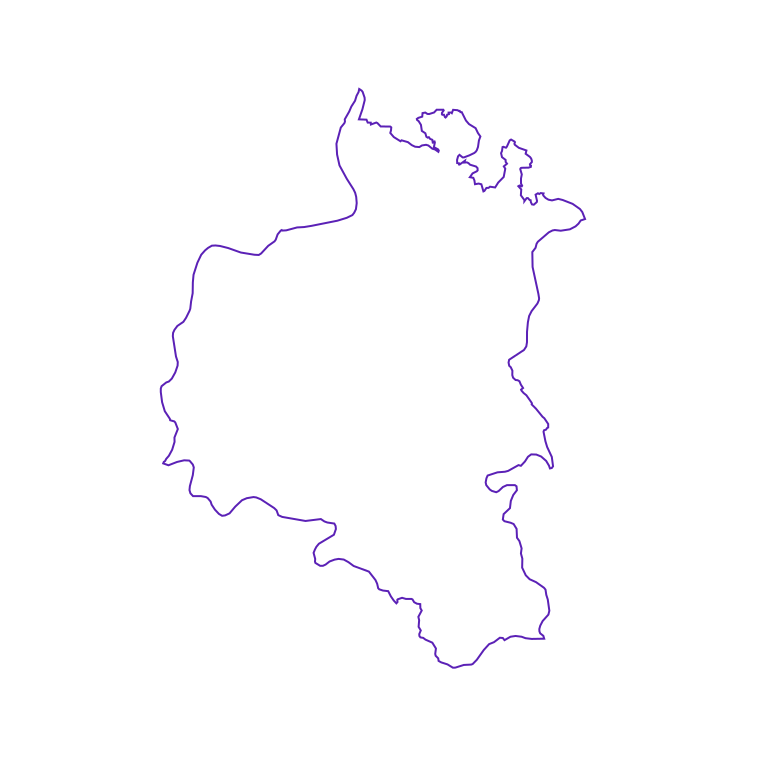 Narsingdi, Dhaka, Bangladesh (Mercator projection), rotated 167°
{"feature_id": "16705992B95243043657125", "entity_name": "Narsingdi", "entity_type": "district", "adm_level": 2, "iso_a3": "BGD", "parent_name": "Bangladesh", "parent_adm1": "Dhaka", "projection": "mercator", "projection_center": [90.739, 24.007], "detail": "fine", "context": "isolated", "style": "outline", "palette": "violet", "viewbox_px": 768, "rotation_deg": 167, "n_neighbors": 0, "source": "geoboundaries", "source_scale": "gbopen_adm2", "svg_char_len": 6157}
<svg xmlns="http://www.w3.org/2000/svg" viewBox="0 0 768 768"><g transform="rotate(167 384 384)"><path d="M617.0,356.3L612.3,353.3L603.2,354.6L595.9,354.6L591.0,353.2L590.5,352.6L588.4,348.5L588.1,345.5L590.8,338.2L596.1,328.2L597.4,324.4L597.2,321.0L595.3,317.7L587.8,316.0L583.1,314.0L581.5,312.6L579.4,308.5L579.1,305.2L577.0,299.6L574.1,294.6L571.4,292.0L568.4,291.7L563.6,292.7L556.5,298.0L548.5,302.7L543.4,303.6L536.6,303.2L534.0,302.2L530.0,299.4L518.9,287.8L517.1,285.0L516.5,280.0L513.1,277.4L491.3,268.2L475.9,266.6L473.0,263.5L470.4,261.8L463.8,259.2L463.1,256.5L463.5,253.5L466.7,248.4L483.4,243.0L486.5,240.6L488.5,238.3L490.6,235.3L490.4,229.0L491.2,226.5L491.1,225.1L487.1,221.2L484.4,220.6L481.5,221.2L477.0,223.3L471.6,224.0L467.6,223.8L462.7,222.0L458.7,218.4L454.5,213.5L440.9,204.6L436.4,194.9L435.6,190.9L435.6,186.3L434.8,185.0L431.5,183.0L426.5,181.2L425.1,175.6L423.2,170.8L421.3,167.5L419.9,168.5L419.6,170.7L419.1,171.1L414.5,171.6L410.9,169.6L405.6,168.4L404.7,167.7L403.7,164.6L401.3,162.5L398.2,161.4L399.0,157.4L398.2,154.8L402.9,149.4L402.9,145.9L404.9,139.6L403.6,135.6L405.9,132.4L406.2,130.5L405.5,128.9L402.9,127.8L401.1,125.6L395.1,121.1L392.9,114.6L394.8,109.5L394.8,107.6L392.9,104.5L393.1,101.9L390.9,99.9L385.2,96.5L380.7,92.1L378.3,91.6L369.4,92.3L362.2,91.0L360.6,91.2L355.6,94.4L346.6,102.4L340.1,106.9L334.9,107.7L328.2,110.7L325.4,109.8L324.2,107.3L317.6,109.3L312.5,108.9L306.8,106.8L303.3,104.5L297.5,102.4L285.2,99.8L285.4,102.8L287.9,105.9L288.2,108.0L287.8,110.3L286.1,113.4L282.7,117.4L275.7,122.3L273.9,125.9L272.9,137.2L273.3,142.0L272.9,147.3L273.9,149.4L280.4,156.7L286.0,161.0L288.9,165.7L290.7,174.0L288.5,182.7L288.7,188.1L286.9,192.9L287.4,200.5L289.0,204.3L287.4,213.0L289.2,218.4L291.8,220.3L297.5,223.2L298.7,225.2L296.7,230.3L289.2,234.7L286.7,241.6L283.0,246.8L278.4,250.6L277.9,254.5L279.2,256.0L286.9,257.8L291.3,256.9L296.4,253.9L299.0,253.3L303.0,255.6L304.7,257.5L307.1,262.4L307.1,265.2L305.4,269.1L303.6,271.5L293.3,272.4L285.9,271.3L282.6,271.4L271.2,274.7L269.0,273.5L264.1,276.8L260.1,280.7L256.4,282.3L251.5,281.0L247.2,278.0L243.3,272.6L241.6,267.3L241.3,264.4L239.4,264.4L237.8,265.8L236.9,275.2L239.2,285.9L239.6,291.9L239.3,301.6L238.5,302.9L236.4,303.1L235.0,304.4L233.8,304.7L233.0,308.1L235.5,314.6L236.9,316.4L241.5,325.8L244.7,330.9L244.2,331.9L244.5,332.9L247.8,341.0L250.0,343.8L251.5,346.6L251.7,347.7L249.4,348.8L250.8,352.6L251.4,356.2L252.9,357.6L254.9,358.3L256.8,361.1L257.0,363.8L255.9,368.1L256.7,371.8L257.9,373.6L257.8,376.9L256.6,379.5L239.9,385.7L236.9,388.6L235.3,392.5L232.9,402.7L229.9,411.8L227.3,417.6L223.8,421.8L216.4,427.9L214.2,430.9L213.6,432.6L213.3,437.0L212.9,464.6L209.8,479.2L205.7,482.6L203.8,486.3L202.1,488.0L189.3,494.7L185.3,495.7L182.9,495.6L177.3,493.6L168.1,492.9L161.9,494.5L158.4,496.5L155.5,499.1L151.0,499.5L152.1,506.9L153.7,510.4L159.7,517.1L168.5,523.1L172.6,525.2L179.0,525.1L182.3,526.6L184.7,528.9L186.2,531.5L186.5,532.6L185.7,533.8L188.4,534.8L190.0,534.2L191.1,535.2L193.7,534.4L193.7,528.0L194.2,526.9L197.7,525.0L199.4,525.7L200.0,528.1L199.8,530.1L200.7,530.5L202.0,532.8L203.2,533.0L206.1,530.5L205.8,531.6L208.2,537.1L206.5,542.7L208.6,546.5L207.4,546.9L205.4,545.6L204.8,546.1L205.4,548.5L204.3,553.4L202.6,557.2L202.9,562.8L202.2,563.6L201.2,563.7L194.5,562.3L192.1,562.5L191.7,563.7L192.4,564.2L192.4,565.3L190.0,567.0L189.7,568.5L189.9,570.6L190.7,572.4L194.2,576.5L192.7,579.5L199.5,583.8L202.7,587.7L202.9,588.7L202.0,590.2L202.3,590.9L205.2,593.6L206.7,593.1L210.9,587.6L212.0,586.8L214.4,588.3L215.2,588.2L216.6,584.5L218.0,582.6L218.0,578.5L215.1,575.0L215.5,573.1L214.6,571.0L218.3,569.1L217.4,566.5L220.8,558.8L227.4,554.6L231.5,550.5L236.3,552.4L238.0,551.6L240.1,552.0L242.8,549.5L243.8,549.3L244.2,556.7L246.7,558.0L250.4,558.2L250.1,562.0L250.6,564.8L253.8,566.2L250.3,569.3L245.7,570.4L244.7,571.1L244.3,573.3L245.4,575.2L250.8,578.3L252.0,580.2L253.4,581.3L255.9,581.7L255.0,583.3L261.0,580.8L261.5,581.0L261.2,582.1L263.0,582.8L262.4,585.9L260.6,589.2L258.9,590.3L256.4,587.1L255.2,586.8L249.3,587.6L244.0,588.8L242.3,589.7L241.0,590.9L239.1,593.8L236.7,600.0L234.4,603.5L236.0,607.4L237.2,612.7L242.7,618.1L244.9,622.3L247.1,631.4L248.4,631.7L248.8,633.1L249.9,633.3L250.6,634.2L255.0,635.6L257.0,632.6L257.8,633.5L260.0,633.9L260.1,632.3L261.9,632.2L262.8,630.6L264.1,629.8L264.6,630.4L265.0,632.9L266.6,633.2L266.9,633.9L266.5,635.2L264.3,637.1L264.5,637.9L271.0,639.4L274.1,637.3L279.3,636.9L281.0,637.4L282.7,639.2L285.5,639.3L286.6,635.9L290.7,635.6L292.4,634.9L292.4,633.9L291.1,632.3L289.7,628.2L290.2,622.1L287.3,619.0L287.1,615.4L286.0,614.2L284.8,614.4L283.9,612.4L282.0,611.1L282.2,608.2L281.6,608.1L281.0,609.1L280.2,609.0L280.1,607.9L282.1,603.6L278.5,600.4L278.1,599.1L278.8,598.0L281.5,601.0L284.0,602.4L287.1,606.4L289.2,607.6L293.3,607.9L296.3,606.9L300.3,608.2L303.2,610.5L306.3,614.3L312.1,617.5L313.3,616.8L318.9,622.4L321.4,627.2L320.1,629.6L319.2,632.4L319.9,633.4L329.3,635.7L331.7,639.7L332.7,640.5L338.4,639.8L338.1,641.6L341.1,642.4L341.6,645.5L348.9,647.5L343.2,656.6L338.9,665.0L338.5,667.4L339.1,673.4L339.8,674.9L341.8,677.0L343.1,674.2L345.9,671.0L348.5,666.5L353.4,661.7L356.6,657.3L362.7,650.7L363.0,648.5L363.9,647.1L368.4,643.6L376.3,628.8L378.1,618.1L378.2,607.0L374.1,592.3L370.0,580.7L369.1,576.8L369.0,572.6L369.9,566.4L372.0,560.7L374.5,557.6L376.8,555.7L382.9,554.3L392.7,553.6L419.0,554.4L426.6,554.9L433.5,556.1L444.7,555.7L448.7,556.4L449.0,557.0L450.1,556.7L454.0,553.7L457.0,549.0L458.6,547.6L465.7,544.7L474.4,538.8L477.0,537.9L481.2,539.1L493.9,544.3L505.2,551.5L512.8,555.4L517.1,556.9L520.6,557.5L524.8,556.2L528.2,554.5L533.0,551.1L538.5,544.2L545.0,533.3L547.4,526.0L550.0,515.5L553.4,507.8L555.8,501.0L557.0,499.1L562.0,493.0L565.5,489.7L572.2,487.1L575.9,484.0L578.0,481.3L579.0,478.1L580.5,457.6L580.0,451.8L581.0,448.3L584.8,442.2L589.5,437.0L593.1,434.8L595.8,434.5L601.2,431.9L602.5,429.8L603.3,426.4L604.3,416.2L603.7,406.8L600.5,398.3L600.5,396.8L596.7,394.7L596.0,393.4L595.0,386.5L600.2,379.0L601.1,374.7L605.2,367.6L609.8,362.4L613.1,360.0L614.6,358.2L616.1,357.6L617.0,356.3Z" fill="none" stroke="#5b21b6" stroke-width="2"/></g></svg>